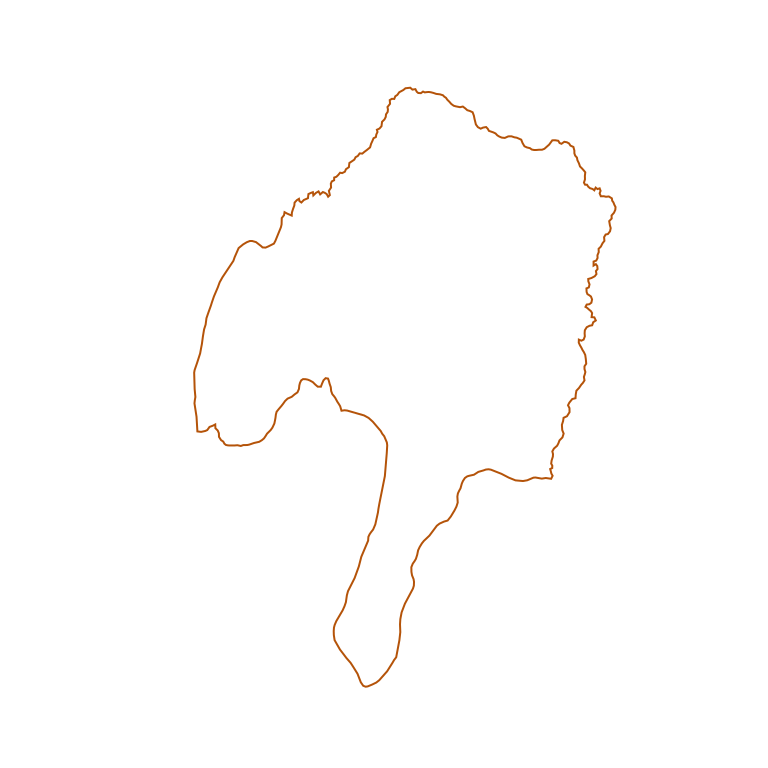 outline of Frutal, Minas Gerais, Brazil, rotated 19°
{"feature_id": "56859067B40089466397834", "entity_name": "Frutal", "entity_type": "district", "adm_level": 2, "iso_a3": "BRA", "parent_name": "Brazil", "parent_adm1": "Minas Gerais", "projection": "equal_earth", "projection_center": [-48.989, -20.109], "detail": "fine", "context": "isolated", "style": "outline", "palette": "amber", "viewbox_px": 768, "rotation_deg": 19, "n_neighbors": 0, "source": "geoboundaries", "source_scale": "gbopen_adm2", "svg_char_len": 6125}
<svg xmlns="http://www.w3.org/2000/svg" viewBox="0 0 768 768"><g transform="rotate(19 384 384)"><path d="M505.4,118.3L503.5,117.1L501.0,115.7L498.5,114.5L496.5,111.9L494.0,109.4L492.7,107.1L490.4,105.8L488.9,103.9L488.0,101.3L485.9,98.2L482.7,97.9L480.6,96.3L478.2,95.9L475.6,96.3L473.6,99.1L471.6,99.0L469.6,97.3L466.5,97.8L463.8,98.8L462.2,103.9L459.1,109.4L457.2,111.0L454.6,111.9L451.7,113.2L449.7,113.9L447.4,114.2L445.2,113.5L442.2,113.8L439.4,113.5L436.5,111.0L434.2,108.3L429.3,107.9L427.0,108.3L423.9,108.3L420.9,109.4L418.1,112.0L415.1,112.7L412.4,112.5L410.2,112.0L407.9,110.8L405.5,110.5L400.8,110.5L399.0,108.9L396.9,107.8L394.2,109.3L392.3,111.1L389.2,110.6L386.4,108.7L383.3,103.9L381.6,101.0L379.3,98.2L376.3,97.9L373.6,98.0L371.0,96.9L368.2,96.0L365.8,97.5L361.5,98.1L359.3,98.2L356.4,97.3L354.0,95.9L351.3,94.6L349.4,93.2L347.5,92.7L345.7,91.8L342.6,91.9L338.9,92.7L335.9,92.7L333.3,92.9L331.3,93.3L329.4,94.1L327.6,95.0L325.7,94.8L324.2,97.0L321.6,97.7L319.8,97.0L317.7,95.0L315.0,96.4L312.4,95.3L308.0,97.4L306.6,99.7L303.4,103.2L302.5,106.3L301.0,108.3L300.9,111.1L298.6,111.8L297.0,113.7L298.5,117.1L297.1,121.0L298.3,123.0L298.9,125.5L298.1,128.4L298.7,130.9L298.3,133.7L296.8,136.7L297.7,141.1L296.5,144.0L294.5,145.9L295.8,147.8L295.5,150.6L295.9,153.2L294.1,155.0L293.9,158.2L293.6,161.0L293.8,164.8L291.7,168.2L289.8,171.0L288.5,173.2L285.9,173.9L285.0,176.9L283.3,178.8L282.9,181.5L281.2,183.8L279.3,186.3L280.2,190.4L278.1,193.3L277.9,196.0L275.8,198.2L273.7,198.5L272.7,201.2L271.5,203.6L269.7,205.0L270.5,207.6L268.7,209.4L268.5,211.9L270.0,215.5L269.0,219.3L271.3,223.0L270.2,225.1L268.0,223.1L265.8,222.5L263.7,222.4L261.9,225.5L259.4,223.2L257.4,225.5L255.8,228.7L254.3,225.8L252.7,227.1L250.7,229.0L251.6,233.1L248.3,236.1L246.8,239.3L244.5,238.6L243.3,236.6L241.7,238.6L240.4,241.6L241.1,244.5L241.0,248.0L241.1,251.9L241.9,254.8L239.4,254.6L237.0,254.4L234.0,253.9L234.5,256.9L233.3,260.4L235.2,266.4L235.5,269.3L234.7,284.0L234.2,287.1L229.8,291.6L227.6,293.6L224.7,294.4L222.9,293.6L216.8,291.5L212.9,291.7L210.7,292.4L208.1,294.6L205.4,297.8L202.3,302.8L201.5,312.8L201.5,316.6L196.5,335.7L195.5,341.3L195.4,346.7L194.7,356.5L194.7,363.0L194.8,366.2L194.7,373.5L194.7,379.6L196.0,385.9L196.1,390.9L197.3,398.0L198.8,405.5L199.4,409.7L200.2,415.0L200.4,424.9L200.4,432.5L200.8,435.0L206.6,450.4L209.9,457.7L210.4,460.9L211.1,464.0L217.4,476.0L223.0,489.6L226.7,488.8L230.3,486.6L231.9,485.1L233.0,481.4L235.8,479.1L237.6,477.2L239.0,480.7L241.9,482.1L243.9,484.3L245.2,487.7L248.2,490.1L250.8,490.8L252.5,492.4L254.4,493.1L256.7,492.8L262.4,490.9L265.4,489.6L268.8,489.2L270.8,487.6L274.6,486.2L276.3,485.2L280.3,482.1L284.8,479.3L286.8,476.9L288.2,474.6L288.9,472.1L289.6,469.0L290.9,466.4L291.9,464.3L292.7,461.6L293.2,457.1L292.8,453.9L292.4,451.3L291.7,448.0L291.5,445.2L292.6,442.1L294.1,438.3L295.0,435.7L296.0,432.3L297.6,429.2L300.9,426.2L302.8,423.0L304.9,420.1L305.2,416.4L304.4,412.9L304.2,410.4L304.5,407.6L305.8,405.8L308.2,405.0L310.5,404.7L312.6,404.8L316.1,405.4L319.2,406.9L322.2,408.1L325.2,407.1L325.3,403.8L325.6,400.2L326.9,397.5L329.3,397.1L330.7,398.8L332.5,401.5L334.7,404.3L336.3,407.8L338.5,410.5L340.4,411.6L342.3,412.9L345.7,416.0L347.8,417.6L349.8,419.3L352.5,423.1L355.2,421.7L357.8,421.1L375.4,420.2L380.5,421.1L385.7,423.3L396.2,429.5L398.5,431.6L401.2,433.3L405.7,438.3L407.0,440.9L409.1,448.4L414.8,470.8L418.6,498.9L419.4,504.0L420.1,507.4L421.5,519.6L421.1,525.1L419.9,528.6L419.3,530.9L419.0,533.6L420.0,537.3L418.8,554.8L419.6,564.7L419.4,577.1L417.4,591.6L417.7,595.9L419.0,602.7L419.0,607.0L418.6,611.4L416.1,623.7L415.8,627.8L416.0,630.6L416.9,634.0L418.3,637.7L420.7,642.3L428.8,649.4L437.8,655.4L443.2,658.5L446.9,661.4L453.3,666.6L459.2,673.6L462.6,676.1L465.2,676.2L467.1,675.2L470.7,672.0L473.9,668.8L475.9,665.7L480.5,654.6L482.8,644.8L483.4,641.7L484.5,638.4L482.0,621.4L480.2,613.3L477.4,606.1L476.0,601.0L475.0,594.2L475.3,584.9L478.0,568.0L477.9,565.0L476.8,561.3L475.5,558.9L472.8,555.8L471.1,552.7L469.5,548.3L469.7,544.5L470.6,541.4L471.1,538.9L471.0,534.7L470.4,530.1L470.8,526.5L471.7,522.4L472.8,519.3L476.3,512.6L480.1,500.8L482.0,497.9L485.6,494.5L488.6,492.4L490.3,487.6L491.8,480.7L492.4,476.3L492.3,472.1L490.0,466.5L489.5,463.4L489.8,460.6L490.3,457.7L490.0,452.9L490.2,450.1L491.1,446.5L492.8,444.2L494.5,443.0L498.6,440.5L501.8,436.4L506.2,433.3L508.2,431.7L510.6,430.6L512.9,430.2L524.3,430.7L532.4,431.9L539.7,432.3L547.0,430.5L550.8,428.4L555.8,423.9L557.7,423.1L564.0,422.1L567.6,420.2L572.9,419.2L573.3,415.9L571.4,414.2L570.2,412.3L568.8,410.3L570.4,408.7L569.7,406.4L568.0,404.9L567.4,401.8L567.3,397.7L566.6,395.2L565.1,392.9L565.7,389.7L567.8,386.0L568.2,383.4L568.3,380.2L570.1,376.4L570.0,372.4L567.5,369.5L565.5,364.7L565.4,360.7L564.8,357.5L567.5,354.9L568.6,350.2L567.2,346.4L564.9,344.2L565.3,341.3L566.9,336.9L569.7,335.1L568.7,331.4L568.1,327.7L569.7,324.2L570.7,320.5L571.7,318.2L572.4,315.3L570.7,312.2L570.7,309.6L570.5,307.1L568.7,304.6L567.8,302.0L568.6,299.0L566.7,294.7L564.8,291.0L562.5,288.7L560.6,287.2L558.8,285.4L556.7,283.6L554.7,281.5L553.8,278.6L556.5,278.8L558.3,277.0L558.4,273.6L557.2,270.8L556.4,267.8L557.2,264.3L559.4,262.0L561.7,260.7L561.7,257.5L563.6,255.0L561.2,252.5L558.5,253.2L557.7,249.2L556.0,247.8L553.4,246.8L551.4,245.9L549.4,245.5L549.8,242.9L552.2,241.7L553.6,239.6L553.2,236.3L551.2,233.9L549.0,233.2L547.1,232.8L545.6,231.0L544.3,227.7L546.2,226.0L545.9,222.9L543.8,220.4L542.9,218.2L545.6,216.3L548.2,213.5L549.1,210.9L547.6,208.2L548.5,205.8L547.3,203.1L545.3,201.7L543.6,203.8L542.3,200.0L544.5,198.2L544.9,195.3L543.9,192.8L544.1,189.4L542.9,186.3L544.3,183.5L544.8,179.8L545.8,176.9L544.3,173.5L544.9,170.5L546.9,169.3L548.0,166.0L547.6,162.8L546.0,160.5L543.9,156.7L545.4,153.4L544.3,150.6L545.7,147.2L546.0,144.0L545.3,141.3L543.5,139.6L541.8,137.6L540.1,136.4L539.0,134.3L535.5,133.5L532.9,134.7L530.7,134.9L527.9,135.9L525.8,133.5L525.9,130.9L524.2,128.8L522.4,130.2L520.2,129.4L519.8,132.4L517.8,131.7L515.0,131.8L512.8,130.9L511.1,129.5L509.2,130.1L507.5,128.5L507.4,125.1L506.2,121.9L505.4,118.3Z" fill="none" stroke="#b45309" stroke-width="2"/></g></svg>